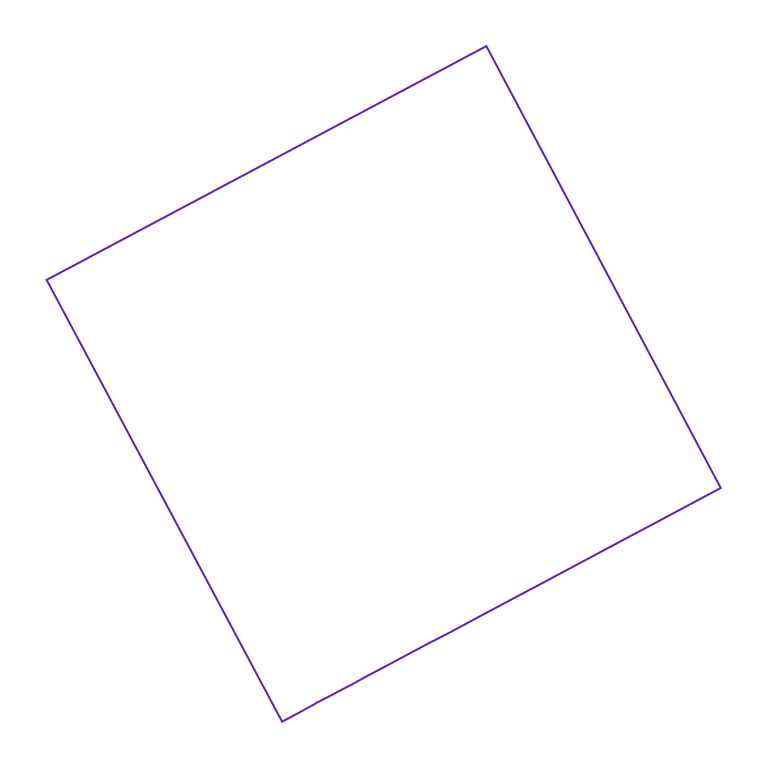 Webster, Nebraska, United States of America (Mercator projection), rotated 332°
{"feature_id": "52423323B11090231595131", "entity_name": "Webster", "entity_type": "district", "adm_level": 2, "iso_a3": "USA", "parent_name": "United States of America", "parent_adm1": "Nebraska", "projection": "mercator", "projection_center": [-98.589, 40.176], "detail": "fine", "context": "isolated", "style": "outline", "palette": "violet", "viewbox_px": 768, "rotation_deg": 332, "n_neighbors": 0, "source": "geoboundaries", "source_scale": "gbopen_adm2", "svg_char_len": 454}
<svg xmlns="http://www.w3.org/2000/svg" viewBox="0 0 768 768"><g transform="rotate(332 384 384)"><path d="M379.3,634.1L394.6,634.1L632.5,633.9L633.0,133.7L628.0,133.7L138.2,133.7L135.0,133.7L135.5,634.3L153.1,634.3L172.1,634.1L173.9,633.9L175.2,633.8L194.4,634.1L197.8,634.0L215.2,634.2L216.7,634.2L229.6,633.9L259.2,634.0L281.7,633.9L301.6,633.9L317.7,634.2L336.8,634.2L358.9,634.1L379.3,634.1Z" fill="none" stroke="#5b21b6" stroke-width="2"/></g></svg>